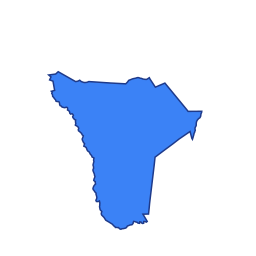 the district of Valença do Piauí, Piauí, Brazil, rotated 236°
{"feature_id": "56859067B96285294064693", "entity_name": "Valença do Piauí", "entity_type": "district", "adm_level": 2, "iso_a3": "BRA", "parent_name": "Brazil", "parent_adm1": "Piauí", "projection": "albers", "projection_center": [-41.803, -6.392], "detail": "fine", "context": "isolated", "style": "filled", "palette": "blue", "viewbox_px": 256, "rotation_deg": 236, "n_neighbors": 0, "source": "geoboundaries", "source_scale": "gbopen_adm2", "svg_char_len": 2743}
<svg xmlns="http://www.w3.org/2000/svg" viewBox="0 0 256 256"><g transform="rotate(236 128 128)"><path d="M47.9,66.6L47.2,67.8L46.7,69.1L46.3,70.3L46.5,71.5L47.1,72.7L46.7,74.0L46.6,75.0L46.1,76.2L45.6,77.2L46.0,78.8L46.8,79.5L47.4,80.5L46.5,81.4L45.6,82.0L44.8,82.8L43.6,83.1L42.5,84.3L43.6,85.3L42.7,86.2L41.6,86.2L40.7,86.7L40.3,87.7L41.7,88.8L40.9,89.8L39.7,90.6L39.8,91.7L48.2,92.2L45.2,96.9L49.8,100.8L53.6,103.9L83.8,130.0L88.7,134.1L89.3,145.8L89.8,156.8L90.3,164.1L90.4,177.5L83.9,175.2L82.6,175.1L83.6,176.4L84.8,177.8L85.7,178.9L86.6,179.7L87.0,180.6L87.7,181.4L88.5,182.5L89.9,183.1L90.9,184.0L91.4,185.1L92.1,186.1L93.6,187.1L94.9,188.3L95.6,189.5L96.0,190.6L96.3,191.9L96.3,193.4L97.1,194.8L98.0,195.6L99.0,196.5L99.7,197.7L100.6,198.5L108.2,187.1L110.1,187.0L144.6,183.7L146.6,173.5L156.2,173.6L157.8,173.8L157.8,171.4L158.0,170.4L159.1,169.0L160.2,167.8L161.5,167.0L162.6,165.8L163.7,165.1L164.5,164.0L165.1,162.0L165.8,160.4L166.3,158.9L166.5,157.8L166.8,156.6L167.1,155.2L166.4,153.4L166.1,152.0L165.9,150.8L175.5,138.1L188.4,121.5L188.8,119.6L189.6,118.0L190.4,116.9L191.3,116.2L192.7,115.2L194.6,114.7L194.8,113.0L195.1,112.0L195.8,110.5L213.7,101.6L213.2,98.2L216.3,91.9L213.4,92.7L211.7,89.9L208.8,92.0L200.2,88.2L201.3,85.0L200.1,85.2L199.3,84.1L197.8,84.0L196.3,83.2L194.9,83.5L193.6,83.4L191.9,83.7L190.4,83.3L189.5,84.1L188.9,85.0L188.0,85.5L186.7,85.0L185.8,84.5L184.6,84.2L183.6,84.9L182.3,85.0L181.1,86.0L180.1,87.0L179.8,88.4L178.8,89.2L177.7,88.7L176.7,87.9L175.9,88.4L174.5,88.7L172.6,88.0L171.5,88.3L171.2,89.6L170.2,89.9L169.0,89.8L168.4,88.5L167.3,88.1L166.3,88.4L165.1,88.3L163.9,89.1L162.9,88.2L161.9,87.6L160.9,87.3L160.4,86.5L159.6,85.9L158.8,86.5L157.6,86.9L156.3,87.2L155.2,86.9L154.4,85.8L153.3,85.4L152.1,85.9L150.8,86.1L149.6,86.5L148.0,86.2L146.5,86.6L145.7,85.6L145.1,84.8L144.5,83.8L143.0,83.3L142.0,83.2L140.8,83.0L139.2,83.2L138.3,81.9L137.5,81.2L136.6,81.9L135.1,82.4L133.5,82.0L132.0,81.7L131.0,81.9L130.0,82.4L128.7,82.3L127.4,82.1L125.5,82.4L124.0,82.0L123.2,82.5L122.1,83.0L121.4,82.2L120.5,81.4L119.4,81.1L118.6,80.2L117.9,79.4L116.9,78.3L115.1,77.7L113.8,76.9L113.2,75.8L112.2,75.1L111.2,74.9L109.9,74.6L108.7,74.4L107.6,73.8L106.3,73.5L105.4,72.4L104.7,71.3L103.7,70.3L102.7,70.5L101.8,70.9L100.9,70.2L99.7,69.8L99.5,68.6L99.1,67.4L98.3,66.1L97.3,65.0L96.3,64.7L95.3,64.9L93.7,64.8L91.8,65.1L90.9,64.4L89.2,63.9L87.6,63.2L86.5,61.9L86.1,61.0L84.7,60.7L83.7,62.1L83.5,63.5L82.5,63.1L81.5,62.7L80.5,61.9L79.4,61.1L78.7,60.4L77.5,59.9L75.8,59.2L73.5,59.6L72.8,58.8L71.8,57.8L70.6,57.5L67.3,58.1L64.0,58.0L61.7,59.1L60.7,59.6L56.8,61.3L55.0,61.4L53.7,62.0L52.6,61.9L52.1,62.8L51.3,63.6L50.8,64.4L49.1,64.7L48.0,65.5L47.9,66.6Z" fill="#3b82f6" stroke="#1e3a8a" stroke-width="1.5"/></g></svg>